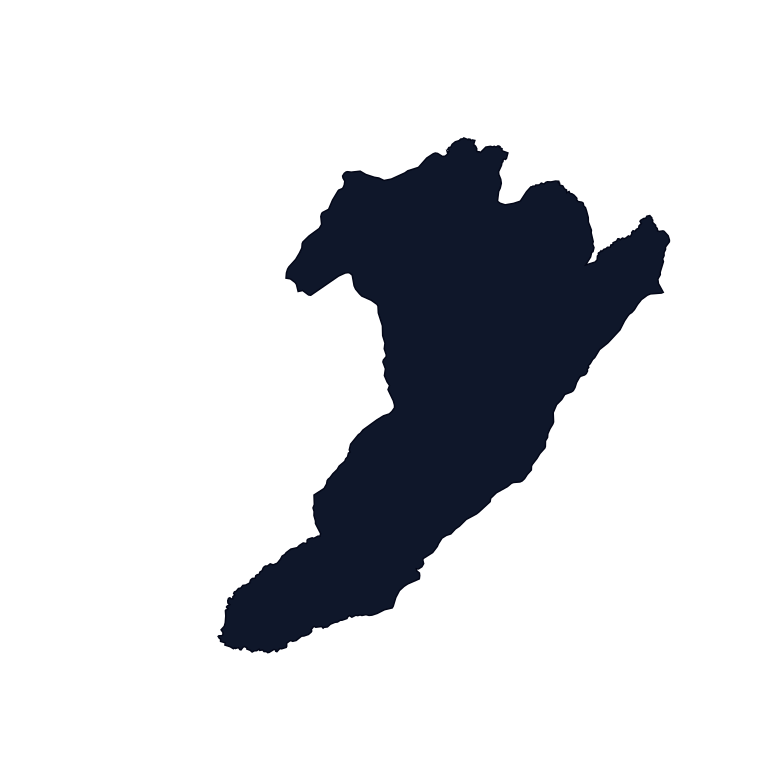 the district of Jambaló, Cauca, Colombia, rotated 221°
{"feature_id": "7082276B84035448775523", "entity_name": "Jambaló", "entity_type": "district", "adm_level": 2, "iso_a3": "COL", "parent_name": "Colombia", "parent_adm1": "Cauca", "projection": "natural_earth1", "projection_center": [-76.314, 2.87], "detail": "fine", "context": "isolated", "style": "filled", "palette": "ink", "viewbox_px": 768, "rotation_deg": 221, "n_neighbors": 0, "source": "geoboundaries", "source_scale": "gbopen_adm2", "svg_char_len": 6143}
<svg xmlns="http://www.w3.org/2000/svg" viewBox="0 0 768 768"><g transform="rotate(221 384 384)"><path d="M233.4,636.4L242.7,639.8L246.1,642.8L247.2,647.8L248.9,649.6L253.4,659.7L255.8,661.2L256.8,664.6L258.9,666.9L259.7,670.1L261.4,672.1L261.9,678.5L263.0,679.9L266.8,682.3L272.8,683.0L273.9,682.6L276.4,679.7L278.0,679.1L279.9,680.7L281.8,680.7L283.2,682.0L287.4,682.2L288.7,684.0L290.1,684.2L290.8,685.1L293.9,685.5L295.7,683.1L295.2,680.8L296.6,679.3L297.7,675.8L297.5,674.7L295.1,674.0L295.3,670.6L294.0,668.7L295.0,666.3L294.7,664.0L296.6,663.1L296.5,660.8L295.5,660.0L294.8,656.9L296.7,656.1L297.3,652.6L298.0,651.3L299.8,650.6L300.4,647.7L302.0,647.8L302.8,647.0L302.2,644.4L303.8,640.9L302.7,639.3L304.0,637.8L302.9,635.7L305.1,633.7L305.2,631.7L306.5,629.8L306.4,627.7L306.8,626.8L307.6,626.9L307.5,624.9L308.1,623.7L307.8,623.0L306.9,622.8L306.9,620.6L304.6,617.6L304.7,614.5L309.9,606.1L311.4,615.4L313.6,619.5L313.1,621.0L315.0,624.7L318.4,626.5L319.5,628.7L326.8,634.0L328.4,636.2L336.0,640.3L339.1,643.7L344.7,647.5L347.7,649.3L350.0,649.4L352.4,651.2L354.0,651.0L357.3,649.0L359.5,649.5L360.3,650.7L364.4,651.2L367.1,650.8L368.6,649.8L370.6,650.7L371.6,648.3L373.6,650.2L375.8,649.6L379.0,650.8L382.0,649.4L383.2,650.8L384.5,650.4L384.4,651.2L385.1,651.7L387.7,649.7L390.6,646.0L393.4,643.8L394.2,642.3L394.4,639.9L397.1,638.8L397.3,636.2L400.1,633.6L399.8,632.2L401.4,631.1L401.6,630.1L402.5,629.1L402.6,622.7L401.1,611.5L401.9,610.0L404.8,605.2L410.1,598.7L415.0,596.6L417.7,596.4L418.6,596.9L423.8,604.5L424.8,608.1L427.1,612.4L430.2,615.1L434.9,617.5L436.8,619.4L438.7,625.9L440.3,628.7L440.1,629.8L441.3,631.6L440.9,632.9L439.8,633.0L439.5,634.4L442.1,639.7L447.5,637.6L448.2,637.6L449.2,639.0L452.2,638.3L452.2,639.2L453.0,639.1L454.2,638.5L454.9,636.3L456.8,635.7L457.4,634.3L459.6,633.2L462.6,629.6L463.1,621.9L464.2,621.9L466.2,620.5L467.9,621.4L468.1,622.3L470.7,623.5L471.9,623.6L472.4,623.0L473.9,624.4L475.2,627.4L477.5,626.1L478.4,624.6L479.6,625.2L481.0,624.2L480.9,623.5L485.2,622.1L485.4,620.7L486.8,619.2L487.0,616.9L489.1,613.6L489.8,609.6L489.0,606.6L490.2,605.0L489.8,602.8L488.6,603.1L487.6,602.6L487.3,601.2L489.2,601.1L486.8,599.5L487.3,596.1L489.2,594.1L494.8,593.2L496.8,592.0L497.9,590.1L500.0,582.6L500.1,570.1L505.9,560.6L506.8,556.9L512.9,543.5L517.5,537.6L523.0,536.1L526.9,533.7L535.2,530.2L541.6,529.0L547.7,522.4L550.7,520.4L551.7,519.2L552.2,516.9L551.7,513.8L550.0,512.5L546.7,511.4L544.6,508.2L543.7,505.5L543.7,504.0L545.4,500.7L545.4,499.7L543.5,489.0L540.4,479.5L543.0,472.9L542.8,471.5L541.6,469.0L535.8,463.5L534.9,458.9L537.7,446.6L538.4,437.9L537.8,436.2L535.2,432.7L533.7,427.3L532.4,420.1L532.6,409.9L532.1,407.4L530.5,403.8L527.4,399.6L523.7,401.9L517.7,402.3L515.4,401.7L509.5,397.5L506.7,401.2L499.4,401.7L497.5,402.9L489.1,435.7L486.1,442.3L484.1,444.6L482.6,445.3L479.4,445.3L471.0,438.5L467.7,437.0L461.6,436.0L458.4,435.8L448.7,438.8L441.5,439.5L439.6,438.8L434.9,433.9L423.4,426.9L416.7,419.6L410.1,415.5L406.9,410.7L401.6,407.6L400.3,406.1L400.2,401.7L399.3,399.9L392.9,396.4L389.2,390.6L383.0,387.6L378.8,386.5L377.3,382.4L366.0,377.5L362.3,375.0L360.5,373.0L360.0,368.3L360.4,364.9L363.5,359.7L365.8,352.4L369.7,335.5L369.5,331.1L370.1,329.1L369.7,316.7L367.0,311.5L364.9,310.4L365.5,308.5L363.7,305.1L363.8,302.4L362.9,299.9L364.0,292.6L363.2,288.7L363.7,282.8L363.3,277.8L363.7,275.6L363.5,273.8L361.7,270.8L360.7,265.8L364.0,254.3L357.5,247.3L356.3,243.9L353.1,241.9L350.6,238.8L345.9,235.7L344.1,233.7L333.6,229.5L332.5,227.1L334.0,225.9L335.7,221.5L337.3,220.8L339.6,217.0L339.6,215.7L338.1,214.0L337.9,212.7L340.7,211.0L342.0,206.5L342.1,203.6L346.0,198.3L347.2,192.5L347.0,190.3L348.0,187.3L347.2,184.1L347.0,178.7L349.0,174.8L351.9,173.6L352.5,170.2L354.1,168.8L354.5,167.5L354.5,165.9L353.5,163.1L354.3,160.6L353.3,158.6L354.6,156.8L355.0,155.3L353.8,152.8L355.8,150.9L356.1,148.5L354.8,145.7L356.5,141.5L358.4,139.4L358.2,136.0L359.7,134.2L359.6,130.6L360.5,129.0L360.1,127.3L358.2,126.8L358.5,124.3L357.1,122.7L358.1,121.7L360.1,121.5L360.7,120.2L359.8,118.0L358.1,116.3L355.6,116.3L356.7,113.6L356.6,112.4L356.0,112.0L354.3,112.4L354.3,110.7L355.1,109.7L355.0,108.9L351.3,105.2L347.2,99.7L345.6,96.3L345.7,91.6L342.5,90.8L341.1,89.1L341.3,87.6L343.4,85.7L343.6,84.7L341.3,84.0L340.1,84.4L338.5,82.5L334.0,84.5L332.8,82.6L327.7,84.8L324.0,85.4L323.7,87.0L322.7,86.8L320.9,89.6L318.5,89.0L317.5,89.5L317.7,93.0L316.8,94.5L314.3,94.9L313.6,94.0L310.3,95.2L307.7,95.2L306.8,97.6L305.1,99.2L304.3,101.9L303.0,101.4L301.1,103.7L299.1,103.3L297.2,104.9L295.6,104.9L294.6,106.1L292.9,111.5L290.9,112.2L290.4,111.3L289.2,111.7L289.1,115.9L287.5,117.0L285.0,121.1L285.4,122.3L287.4,124.5L286.6,128.2L286.0,129.2L284.1,129.9L282.0,132.8L280.8,139.6L279.1,141.3L276.7,145.4L276.2,149.0L276.5,150.2L277.8,150.8L278.0,154.5L277.6,155.3L276.0,155.6L271.9,160.1L269.8,159.8L269.7,160.9L267.3,163.6L266.9,167.5L264.7,171.9L262.9,173.9L262.0,177.0L260.7,178.2L258.1,182.7L258.6,184.9L258.2,186.5L255.3,186.9L253.6,191.0L251.8,192.0L250.6,194.0L248.8,194.8L246.3,198.1L243.5,199.5L241.4,201.7L238.6,206.4L235.5,214.0L230.9,220.4L231.3,222.4L235.0,230.6L236.8,238.2L236.1,244.4L234.9,248.7L229.5,260.1L231.3,262.8L233.3,264.6L236.7,264.5L238.5,265.8L236.6,267.1L235.5,270.9L236.2,274.4L239.2,276.6L239.9,278.0L236.7,288.7L237.2,296.4L238.1,299.1L239.1,305.7L237.6,310.7L235.2,314.7L235.0,321.5L233.8,326.2L233.1,335.7L229.0,346.5L228.4,349.5L226.7,364.8L228.5,367.7L227.8,375.7L223.5,387.5L222.7,392.7L221.6,394.7L217.1,399.3L216.1,401.5L215.8,404.8L216.5,409.7L216.4,415.8L218.8,418.8L219.3,420.6L219.7,428.1L220.7,433.8L220.6,441.2L221.2,442.7L224.8,447.0L225.5,451.0L227.7,453.9L229.3,459.0L230.3,464.6L231.1,466.6L237.5,473.4L240.2,481.7L239.7,488.9L240.7,494.7L237.3,501.0L236.8,503.2L237.5,506.6L239.6,511.4L240.8,517.2L240.7,518.8L238.5,522.5L238.2,524.5L238.9,527.3L240.4,528.8L240.3,530.8L241.9,531.9L241.7,534.6L242.6,539.3L242.3,542.2L243.9,551.4L242.0,562.0L241.4,579.6L243.9,589.6L244.6,595.1L244.7,597.7L243.9,600.5L243.8,604.3L244.8,610.3L245.1,616.6L243.5,623.8L242.0,626.8L234.2,634.7L233.4,636.4Z" fill="#0f172a" stroke="#020617" stroke-width="1.5"/></g></svg>